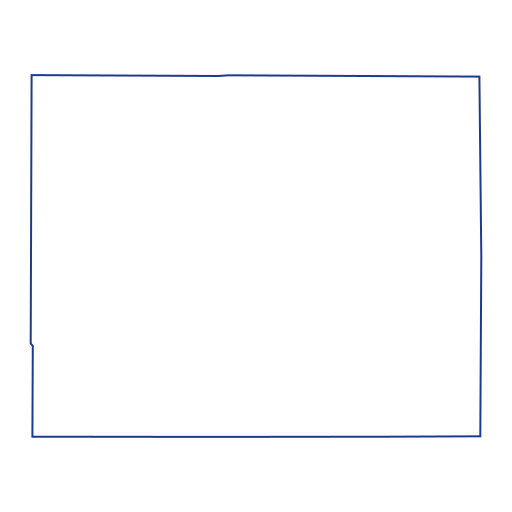 Codington, South Dakota, United States of America (Albers equal-area conic projection)
{"feature_id": "52423323B33068047494681", "entity_name": "Codington", "entity_type": "district", "adm_level": 2, "iso_a3": "USA", "parent_name": "United States of America", "parent_adm1": "South Dakota", "projection": "albers", "projection_center": [-97.185, 44.978], "detail": "fine", "context": "isolated", "style": "outline", "palette": "blue", "viewbox_px": 512, "rotation_deg": 0, "n_neighbors": 0, "source": "geoboundaries", "source_scale": "gbopen_adm2", "svg_char_len": 263}
<svg xmlns="http://www.w3.org/2000/svg" viewBox="0 0 512 512"><path d="M481.3,256.9L479.4,76.6L228.3,75.3L218.2,76.0L31.6,75.1L30.7,343.5L32.8,346.0L32.4,436.7L211.6,436.9L390.7,436.7L480.3,436.3L481.3,256.9Z" fill="none" stroke="#1e3a8a" stroke-width="2"/></svg>